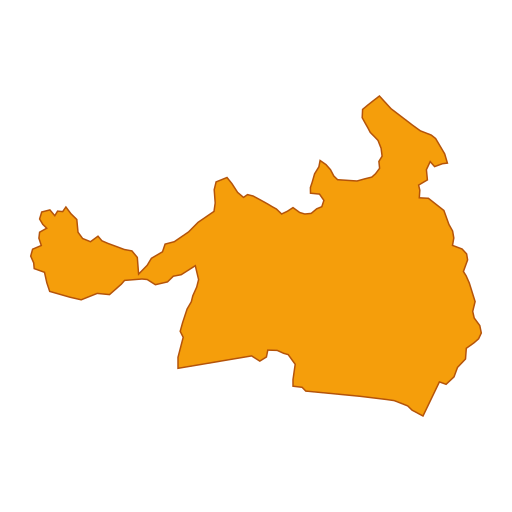 Caseiros, Rio Grande do Sul, Brazil (Robinson projection)
{"feature_id": "56859067B55652742739807", "entity_name": "Caseiros", "entity_type": "district", "adm_level": 2, "iso_a3": "BRA", "parent_name": "Brazil", "parent_adm1": "Rio Grande do Sul", "projection": "robinson", "projection_center": [-51.76, -28.237], "detail": "fine", "context": "isolated", "style": "filled", "palette": "amber", "viewbox_px": 512, "rotation_deg": 0, "n_neighbors": 0, "source": "geoboundaries", "source_scale": "gbopen_adm2", "svg_char_len": 2179}
<svg xmlns="http://www.w3.org/2000/svg" viewBox="0 0 512 512"><path d="M469.3,283.0L466.1,275.8L463.4,271.5L467.6,259.9L466.6,253.9L462.1,249.0L452.5,245.4L453.8,238.0L452.6,231.0L448.9,224.4L443.9,210.5L428.4,198.3L419.3,197.8L419.8,190.2L418.6,185.1L427.4,179.9L426.4,169.7L430.2,161.6L434.6,166.6L442.5,163.7L447.4,163.1L444.7,153.9L435.6,138.5L431.3,135.1L420.3,130.8L412.7,125.3L391.0,108.7L379.4,96.0L372.8,101.1L368.1,104.8L362.6,109.4L362.2,117.7L365.4,123.5L367.9,127.9L370.3,132.5L374.5,136.7L378.0,140.4L381.1,148.3L382.1,156.2L378.9,161.4L379.6,168.3L375.5,173.8L371.8,177.1L364.9,178.8L357.0,181.0L337.6,179.7L333.8,176.0L330.5,169.7L326.0,164.6L320.1,160.5L318.9,166.8L314.6,173.8L312.2,182.2L310.4,187.6L310.5,193.2L319.5,194.1L323.9,200.4L321.8,206.7L316.7,208.8L311.2,213.4L304.8,214.0L299.7,212.5L293.0,207.6L287.3,211.3L281.6,214.0L276.4,209.0L272.2,206.7L267.9,204.1L260.5,200.0L253.1,196.0L247.5,194.6L243.5,197.4L237.6,192.4L231.9,183.6L227.0,177.5L216.1,181.9L214.2,189.7L215.2,203.0L214.0,211.4L198.1,222.3L188.6,231.9L174.3,241.7L165.1,244.1L162.5,251.8L151.4,258.3L147.2,265.3L138.6,274.1L137.3,257.4L131.9,250.9L124.3,249.5L117.4,246.9L107.9,243.4L101.9,240.8L98.0,236.2L90.5,241.7L82.6,238.5L78.0,232.2L76.8,219.5L70.9,213.7L65.9,207.0L62.7,211.6L57.6,211.1L54.8,215.7L49.9,209.9L41.7,212.0L39.6,219.0L42.8,224.4L46.7,228.2L39.6,232.2L38.9,238.2L41.3,245.5L32.6,249.2L30.7,256.1L33.7,262.9L34.2,268.6L44.5,272.3L46.8,282.7L49.7,291.4L69.9,297.2L81.2,299.8L97.2,293.4L109.5,294.6L121.3,284.2L124.6,280.4L142.0,279.0L147.2,279.5L155.4,284.7L167.5,281.9L173.3,276.2L181.2,274.7L195.3,265.7L198.6,279.6L196.7,287.1L192.8,295.8L191.3,301.8L187.1,309.0L182.6,322.7L180.2,331.3L183.2,337.3L178.0,357.3L178.0,368.3L251.6,355.9L259.8,361.1L266.4,357.0L267.8,350.1L277.2,350.4L283.6,353.3L288.2,354.6L295.2,364.3L293.0,379.6L293.0,386.2L302.1,387.3L305.8,391.1L360.2,396.3L386.5,399.5L394.2,400.6L407.7,405.9L412.1,410.2L423.0,416.0L439.4,381.9L446.1,384.3L454.0,376.9L457.5,367.4L465.5,359.0L466.3,348.3L473.9,342.9L478.6,338.8L481.3,333.0L479.8,325.6L474.2,318.0L472.7,311.4L475.1,301.6L469.3,283.0Z" fill="#f59e0b" stroke="#b45309" stroke-width="1.5"/></svg>